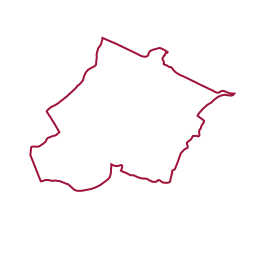 outline of Dang Tong, Kâmpôt, Cambodia, rotated 296°
{"feature_id": "14789045B85539457385801", "entity_name": "Dang Tong", "entity_type": "district", "adm_level": 2, "iso_a3": "KHM", "parent_name": "Cambodia", "parent_adm1": "Kâmpôt", "projection": "natural_earth1", "projection_center": [104.44, 10.699], "detail": "fine", "context": "isolated", "style": "outline", "palette": "rose", "viewbox_px": 256, "rotation_deg": 296, "n_neighbors": 0, "source": "geoboundaries", "source_scale": "gbopen_adm2", "svg_char_len": 4089}
<svg xmlns="http://www.w3.org/2000/svg" viewBox="0 0 256 256"><g transform="rotate(296 128 128)"><path d="M197.8,65.6L196.9,66.0L195.9,66.2L194.4,66.5L192.8,66.8L191.0,67.0L189.7,66.8L189.3,66.8L187.2,66.3L186.3,66.4L185.3,66.5L184.8,66.6L183.8,66.8L183.0,66.9L181.9,67.2L180.6,67.4L179.9,67.8L178.6,68.5L176.9,69.3L176.0,69.5L174.8,70.1L174.0,70.3L172.7,70.8L171.0,71.4L169.8,71.3L168.2,70.4L166.4,69.0L165.1,68.1L163.0,66.7L162.3,66.5L160.2,65.9L158.3,65.7L156.0,65.8L154.4,65.9L153.0,66.3L151.4,66.6L150.5,66.5L149.3,66.2L147.5,65.8L145.3,65.0L143.2,63.8L142.2,63.9L140.2,63.2L137.7,62.3L135.9,61.7L134.4,61.0L132.1,60.1L130.1,59.4L128.4,58.6L127.8,58.3L125.0,57.0L123.1,56.0L120.4,54.7L119.9,54.5L118.8,53.9L117.6,53.1L116.7,52.6L115.7,51.7L114.4,50.7L112.7,49.5L110.9,48.7L108.8,47.9L107.9,47.6L107.1,47.8L106.5,48.8L105.0,51.2L103.4,54.0L101.4,57.1L99.3,60.5L97.5,63.2L95.7,65.8L94.9,67.0L94.6,67.8L94.1,68.1L89.9,66.4L89.4,65.9L88.8,65.2L88.4,64.6L87.8,63.9L87.0,63.2L86.5,62.7L85.7,62.0L84.9,61.3L84.2,60.5L83.2,60.0L81.6,59.9L79.2,59.8L78.7,59.6L77.7,59.1L76.9,58.9L75.9,58.1L74.7,57.5L73.4,56.8L72.4,56.0L71.7,55.2L71.4,54.6L71.2,54.0L70.6,52.7L69.3,50.0L68.3,49.4L60.9,52.1L41.9,72.9L42.5,74.1L44.8,76.3L46.2,78.8L46.6,80.6L46.8,81.4L47.5,83.5L48.5,84.9L49.2,86.5L50.2,89.7L50.6,92.6L50.8,96.6L51.2,99.1L50.2,102.3L49.5,104.9L48.9,106.4L49.1,108.9L49.6,110.7L50.5,112.4L51.0,113.5L54.5,118.3L57.2,121.8L59.3,123.9L59.7,124.3L62.2,126.3L64.7,128.1L67.5,129.6L69.6,130.8L72.7,132.3L75.2,133.1L78.4,132.8L81.2,131.9L83.8,130.7L86.6,129.7L88.0,129.0L88.0,130.7L88.2,132.8L88.8,134.6L90.3,136.6L91.6,137.9L91.7,139.2L90.2,139.9L88.2,140.3L86.7,140.2L86.4,141.3L86.6,144.6L86.9,145.9L86.7,147.2L86.7,151.0L87.9,153.6L88.0,155.3L88.1,158.8L88.6,161.8L89.2,163.9L90.4,166.3L90.6,167.3L90.5,168.6L90.2,170.2L90.6,171.7L90.3,173.4L90.6,173.9L90.7,174.4L91.8,176.7L93.1,177.5L94.0,177.6L94.9,179.2L94.5,181.5L94.3,183.4L95.6,186.8L96.8,188.4L98.1,189.4L101.7,188.4L103.9,188.0L105.9,187.4L106.6,187.7L107.8,186.9L108.6,186.5L109.6,186.9L111.5,188.2L113.8,188.0L118.1,187.7L121.4,187.4L124.6,187.0L126.6,186.8L129.0,186.6L131.2,187.4L133.6,188.1L134.8,189.1L136.5,190.2L137.0,190.1L137.8,189.6L139.0,188.5L140.0,187.6L141.2,187.5L142.7,188.3L144.2,189.1L145.8,189.7L148.2,189.8L149.4,190.0L149.8,190.9L150.7,192.4L151.0,193.3L151.2,194.7L152.0,195.4L152.4,195.5L154.1,194.6L156.0,193.5L158.0,193.0L159.2,193.6L160.8,193.3L162.3,193.1L164.2,193.3L166.0,193.6L167.6,193.4L168.1,192.5L168.6,189.9L168.8,188.7L169.2,186.6L169.5,185.1L172.0,185.3L174.2,185.8L176.1,186.4L177.9,186.8L179.7,187.5L182.0,188.5L183.3,189.0L186.0,190.7L187.3,191.7L188.6,192.2L190.8,192.9L191.7,193.4L193.9,194.4L196.0,195.7L198.0,197.5L200.3,200.3L201.1,203.1L202.4,206.6L203.7,208.0L205.5,208.4L205.1,207.6L204.5,206.1L204.1,205.1L203.8,204.0L203.7,203.0L203.5,201.2L203.5,199.9L203.3,198.1L202.7,196.5L202.0,195.6L200.6,194.8L199.4,193.8L199.0,193.1L198.6,191.6L198.6,189.6L198.8,186.7L198.7,183.8L198.7,181.1L198.7,178.3L198.6,175.2L198.6,173.1L198.7,170.4L198.7,168.9L198.7,166.8L198.7,164.4L198.7,162.4L198.7,160.5L198.7,159.5L198.7,158.3L198.7,156.9L198.7,155.3L198.5,153.3L198.5,151.7L198.5,150.8L198.6,149.2L198.7,148.4L198.8,147.9L198.9,147.0L199.0,146.3L199.2,145.7L199.5,144.9L199.7,144.0L200.1,143.2L201.1,141.6L201.5,140.0L201.4,139.4L200.9,138.2L201.1,136.8L201.1,136.3L201.2,135.6L201.3,135.0L201.1,134.1L200.9,133.5L201.0,132.9L201.0,132.3L201.3,131.8L202.0,131.8L202.5,131.7L202.9,131.5L203.3,131.0L203.8,130.6L204.2,129.9L204.4,129.5L204.9,128.9L205.5,128.5L206.3,128.5L207.3,128.6L207.9,128.7L208.5,128.5L209.1,129.0L209.4,129.2L209.9,129.0L210.5,128.9L211.1,129.0L211.7,129.2L212.2,129.1L212.6,129.7L212.9,130.4L213.6,130.3L213.7,129.6L213.8,128.5L214.1,126.4L214.1,124.5L213.9,121.4L212.5,119.8L210.5,117.6L209.1,115.9L206.6,114.0L204.2,113.8L202.2,114.3L200.9,113.7L199.8,112.7L198.8,110.1L198.5,107.4L198.6,103.9L198.6,97.6L198.6,95.2L198.5,81.2L198.5,80.0L198.4,77.7L198.2,75.5L198.1,72.9L198.0,70.0L197.9,69.2L197.9,67.4L197.8,65.6Z" fill="none" stroke="#9f1239" stroke-width="2"/></g></svg>